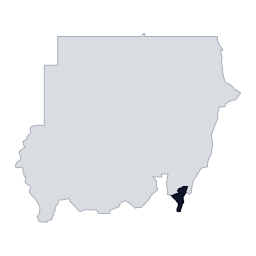 Al Kurmuk, Blue Nile, Sudan shown in context
{"feature_id": "16777658B11118605799379", "entity_name": "Al Kurmuk", "entity_type": "district", "adm_level": 2, "iso_a3": "SDN", "parent_name": "Sudan", "parent_adm1": "Blue Nile", "projection": "mercator", "projection_center": [34.082, 10.395], "detail": "fine", "context": "in_parent", "style": "filled", "palette": "ink", "viewbox_px": 256, "rotation_deg": 0, "n_neighbors": 0, "source": "geoboundaries", "source_scale": "gbopen_adm2", "svg_char_len": 5375}
<svg xmlns="http://www.w3.org/2000/svg" viewBox="0 0 256 256"><path d="M179.8,211.7L177.3,211.7L177.0,211.1L177.1,209.4L177.4,208.2L178.3,206.2L178.0,205.2L178.2,203.6L177.5,201.9L171.5,196.8L170.3,195.4L167.1,194.2L167.7,192.7L166.3,182.4L167.0,181.2L167.2,179.4L167.2,177.8L167.9,175.1L168.0,174.0L161.6,173.9L161.5,175.1L161.8,176.4L161.8,176.9L152.9,176.9L156.5,181.0L156.6,182.8L156.4,185.0L156.5,186.4L156.7,187.3L157.6,189.1L157.6,189.5L157.4,189.9L151.0,195.3L150.0,197.8L149.1,199.1L147.3,201.3L141.5,207.1L140.6,207.5L136.2,207.7L135.8,207.8L135.4,208.1L135.2,208.0L131.5,204.6L125.1,200.6L120.9,202.7L119.8,203.5L119.8,205.4L119.1,206.4L118.0,207.5L114.9,208.2L113.3,208.8L111.4,209.9L109.5,211.7L109.4,212.7L109.6,213.5L98.9,213.5L98.2,212.8L96.6,209.8L95.6,210.0L85.8,209.6L84.4,209.9L81.6,211.2L80.2,211.4L78.8,210.8L73.7,204.8L72.6,204.1L71.4,202.7L70.3,202.0L69.9,201.6L69.8,200.9L69.9,199.6L69.5,198.8L68.7,198.6L61.8,200.0L60.8,199.8L59.4,200.1L58.9,200.3L58.3,201.1L58.2,202.8L58.0,203.6L57.5,204.5L55.5,206.5L55.1,207.4L55.2,209.7L55.1,210.8L54.8,211.3L53.9,212.2L53.6,212.7L53.2,215.5L52.2,217.3L51.9,217.9L51.9,219.1L51.7,219.5L48.6,220.5L47.4,221.1L46.7,222.1L46.5,222.5L45.2,222.2L43.5,221.9L40.2,221.6L39.0,221.1L38.3,220.5L38.5,218.7L38.2,218.4L37.7,218.0L37.3,217.3L37.4,216.4L39.1,214.4L39.5,213.3L39.9,208.3L39.8,206.8L38.4,203.9L35.3,199.1L34.6,198.1L30.6,194.1L30.2,193.5L29.2,191.8L30.3,188.1L30.4,187.0L30.1,186.0L29.1,185.2L28.2,185.1L27.1,184.1L26.3,183.6L25.6,182.8L25.2,181.5L25.5,177.1L25.3,176.5L24.3,176.4L24.0,176.1L24.1,175.2L23.5,172.7L22.9,170.6L23.3,169.5L22.4,167.9L20.8,167.3L17.7,167.8L16.7,167.7L16.1,167.4L15.6,166.8L15.4,166.1L15.6,165.1L16.5,163.2L17.6,161.7L19.8,160.3L20.4,159.5L20.8,158.7L20.8,157.8L20.7,156.7L20.4,155.8L19.8,154.6L19.1,153.2L19.1,152.2L19.4,151.5L20.0,150.7L22.3,149.0L24.5,147.7L24.9,147.2L24.8,146.6L23.7,145.5L23.4,143.3L22.8,141.8L24.0,140.7L24.8,140.3L26.2,139.9L26.7,139.4L26.9,138.5L26.8,137.6L27.3,137.0L27.9,135.6L28.5,135.0L30.2,133.3L30.6,132.3L30.7,131.3L30.2,128.2L31.3,126.9L32.5,125.8L34.4,125.9L37.3,125.6L39.2,125.2L40.6,125.2L43.8,125.8L44.2,125.5L44.3,124.7L44.3,65.2L57.5,65.3L57.7,65.2L57.7,36.5L141.3,36.5L142.0,36.4L143.3,33.7L143.9,33.5L144.7,33.7L145.0,34.3L144.3,36.5L217.3,36.5L217.5,39.8L218.1,42.4L220.1,46.2L221.9,48.2L222.5,49.3L222.6,49.8L222.5,50.3L222.0,49.7L221.1,49.4L220.9,51.1L221.4,54.7L222.1,57.2L221.6,59.5L221.6,63.5L222.6,68.2L222.4,71.2L223.9,78.1L225.4,82.0L226.2,82.9L227.1,83.4L228.8,83.8L231.4,85.7L233.5,87.8L234.2,88.9L235.2,90.1L235.8,89.8L236.3,89.5L236.9,90.5L240.2,92.6L240.6,93.5L239.5,94.4L238.1,96.1L237.5,97.6L237.1,98.0L236.0,99.0L235.9,99.4L235.4,99.7L234.9,99.7L233.8,100.3L232.8,100.1L231.8,100.4L231.4,100.7L230.6,101.0L229.5,101.2L227.9,102.5L226.4,103.1L225.9,103.6L225.1,106.1L224.6,106.8L222.4,106.9L221.3,107.1L219.9,106.8L219.2,106.8L219.0,107.4L218.7,109.5L218.8,110.5L217.5,112.9L217.9,117.5L216.7,121.0L216.5,121.7L215.3,124.5L214.7,125.5L213.2,130.5L212.6,132.1L211.3,133.7L212.7,145.9L211.6,149.6L211.6,151.6L210.9,154.6L210.3,156.0L209.3,157.7L208.5,159.5L207.8,162.0L207.3,166.6L207.1,167.0L203.2,167.6L202.0,167.9L201.2,168.4L200.2,169.6L198.2,172.9L197.2,174.9L195.6,177.6L193.7,179.5L193.3,180.5L193.0,182.2L192.3,185.0L191.7,186.9L191.8,188.5L191.2,191.2L191.3,192.5L190.6,193.3L189.7,194.0L189.1,194.2L186.4,192.3L184.6,193.6L183.4,195.4L182.5,197.1L183.0,200.9L182.9,201.7L182.7,202.6L180.9,206.3L180.4,208.0L179.8,211.0L179.8,211.7Z" fill="#d9dde1" stroke="#a8b0b8" stroke-width="1"/><path d="M185.6,192.9L185.6,192.2L185.6,191.4L185.6,190.7L185.8,190.7L186.5,188.8L187.2,186.8L183.9,186.7L183.2,187.0L182.9,187.0L182.5,187.5L182.3,187.6L182.2,187.7L181.7,187.9L181.3,188.0L181.1,188.2L181.0,188.3L180.9,188.4L179.7,188.6L179.5,188.9L178.8,188.9L178.5,190.2L177.7,190.7L178.4,191.6L179.4,193.7L178.8,193.7L176.7,193.8L175.9,194.1L172.8,195.6L172.4,195.6L172.0,195.6L172.5,196.2L174.3,198.3L175.1,199.0L175.7,199.4L176.0,199.7L176.1,199.9L176.2,200.2L177.0,201.3L177.2,201.8L177.3,202.0L177.5,202.1L177.9,202.1L178.0,202.1L178.3,202.3L178.4,202.5L178.4,202.8L178.4,203.0L178.5,203.3L178.7,203.5L178.7,203.8L178.7,204.1L178.8,204.2L178.8,204.4L178.7,204.4L178.7,204.5L178.6,204.8L178.6,205.0L178.7,205.3L178.7,205.6L178.6,205.9L178.5,206.0L178.4,206.3L178.3,206.6L178.3,206.8L178.3,207.0L178.2,207.1L178.1,207.3L178.0,207.5L177.9,207.5L177.7,207.6L177.7,207.8L177.6,208.1L177.6,208.3L177.4,208.6L177.4,208.9L177.4,209.0L177.3,209.3L177.3,209.5L177.3,209.8L177.3,210.0L177.3,210.4L177.3,210.5L177.4,211.0L177.5,211.2L178.0,211.2L178.5,211.2L178.9,211.2L179.0,211.2L179.3,211.2L179.6,211.2L179.8,211.2L180.0,211.2L180.3,211.2L180.3,210.7L180.2,210.3L180.3,210.0L180.5,209.5L180.5,209.4L180.6,208.9L181.0,207.8L181.0,207.6L181.1,207.4L181.2,207.1L181.4,206.7L181.7,206.0L181.8,205.7L181.7,205.3L181.7,205.2L181.8,205.0L181.9,204.5L182.0,203.6L182.3,203.4L182.5,203.3L182.9,203.0L183.0,203.0L183.3,202.8L183.3,202.7L183.3,202.4L183.4,202.2L183.4,201.7L183.5,201.4L183.4,201.3L183.4,201.2L183.3,200.7L183.1,200.1L182.9,199.4L182.8,198.9L183.0,198.3L182.9,198.1L182.9,197.8L182.8,197.6L182.7,197.3L182.6,197.1L182.7,196.9L182.8,196.8L182.8,196.7L182.9,196.4L183.0,196.3L183.1,196.2L183.5,195.8L184.1,195.2L184.3,194.8L184.6,194.2L185.0,193.4L185.4,193.0L185.6,192.9Z" fill="#0f172a" stroke="#020617" stroke-width="1.5"/></svg>